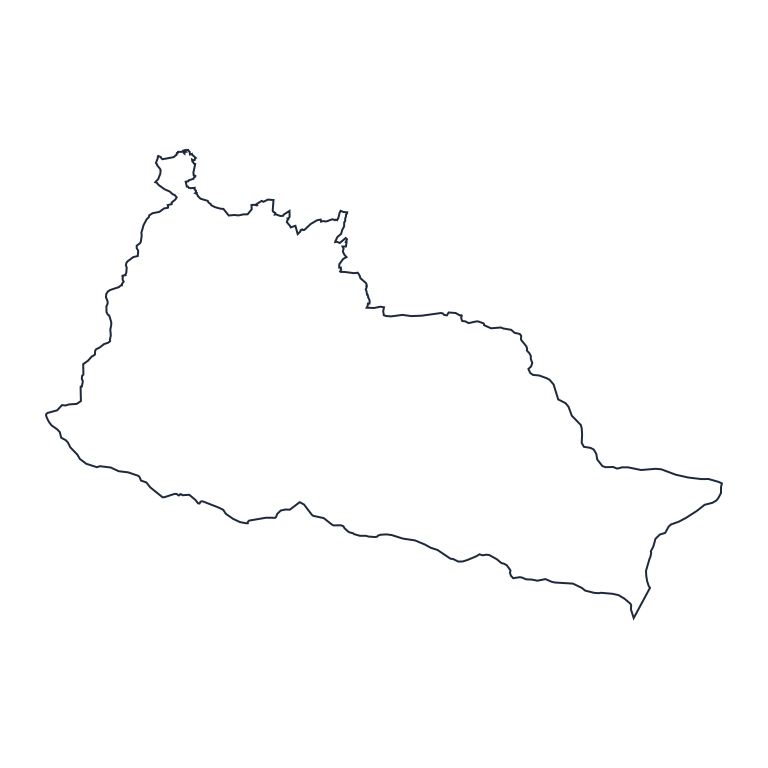 outline of Sacel, Maramures, Romania
{"feature_id": "2599482B54515927208841", "entity_name": "Sacel", "entity_type": "district", "adm_level": 2, "iso_a3": "ROU", "parent_name": "Romania", "parent_adm1": "Maramures", "projection": "equal_earth", "projection_center": [24.452, 47.623], "detail": "fine", "context": "isolated", "style": "outline", "palette": "slate", "viewbox_px": 768, "rotation_deg": 0, "n_neighbors": 0, "source": "geoboundaries", "source_scale": "gbopen_adm2", "svg_char_len": 6088}
<svg xmlns="http://www.w3.org/2000/svg" viewBox="0 0 768 768"><path d="M633.7,618.1L650.0,587.8L648.8,586.2L647.2,581.5L646.3,576.2L646.0,570.9L649.6,558.5L650.3,557.2L651.2,553.0L650.8,551.4L653.3,546.6L655.5,538.8L659.9,534.5L665.2,532.9L668.6,526.7L670.9,524.5L679.0,521.6L686.1,517.8L697.0,510.8L704.6,504.8L712.4,502.8L716.4,500.5L718.3,498.1L721.0,493.0L721.0,487.1L721.9,483.4L718.6,481.9L708.5,479.0L701.4,479.1L688.1,477.5L675.7,474.7L661.3,469.3L655.9,468.8L641.0,470.0L627.9,467.3L622.2,467.3L617.1,468.6L613.2,467.0L605.6,467.2L602.4,466.1L597.2,459.4L596.3,453.9L593.8,449.6L590.6,447.9L583.9,446.8L581.7,442.9L582.1,434.6L581.7,428.1L580.8,425.0L571.8,415.7L568.5,406.7L565.6,403.2L558.2,399.4L553.6,384.5L549.6,379.8L546.7,378.2L539.2,375.5L533.0,374.9L530.3,373.1L528.4,369.0L531.1,366.4L532.3,362.9L530.8,359.0L530.8,356.0L529.3,353.1L526.9,350.6L527.1,348.8L526.4,346.4L521.3,340.1L521.0,339.2L521.2,335.8L519.8,334.0L514.6,332.8L511.1,329.8L503.4,328.5L500.7,327.5L491.1,328.3L484.1,325.2L483.9,323.8L483.4,323.3L478.1,321.4L475.9,321.5L468.7,323.1L465.1,321.3L462.4,321.1L461.8,320.3L461.2,317.6L461.8,315.7L461.1,315.2L459.9,315.4L455.6,313.0L448.7,312.5L446.8,315.4L444.2,314.9L442.8,313.5L441.1,313.0L421.6,315.7L411.3,316.1L402.4,314.9L391.2,316.4L386.0,316.0L383.8,315.2L383.2,311.1L384.0,307.3L380.5,306.7L374.0,308.0L366.7,307.7L367.6,306.0L368.0,303.5L369.4,303.6L369.7,302.1L369.4,299.8L368.1,297.3L368.2,296.3L367.1,294.8L367.4,294.5L367.0,294.2L366.4,290.9L365.7,289.4L366.6,287.6L366.3,286.3L366.8,286.1L366.7,284.8L365.9,283.0L360.4,278.2L359.5,275.3L357.7,272.7L354.2,273.2L345.0,272.0L340.2,271.8L339.7,272.2L341.1,269.7L340.8,269.4L340.9,267.6L339.2,267.6L339.3,264.2L343.2,258.9L346.5,257.1L344.5,254.9L343.2,252.4L342.9,250.9L343.6,248.9L342.5,246.5L345.9,246.5L346.6,242.1L345.8,242.0L347.0,239.3L345.7,238.0L339.8,243.0L336.5,241.7L335.2,242.1L335.2,241.6L337.4,237.0L341.1,233.9L342.2,230.0L344.1,226.4L344.2,222.4L345.2,220.9L345.2,218.5L346.1,216.0L346.0,214.6L347.0,213.5L347.2,212.3L343.4,212.0L340.6,210.8L339.6,212.9L338.3,218.1L337.1,220.2L335.9,219.6L334.9,220.2L332.6,219.2L326.1,221.5L323.1,221.1L321.0,221.6L320.7,219.6L317.2,220.2L310.8,223.9L304.4,229.9L303.0,230.1L302.4,229.4L300.7,230.1L300.4,231.4L297.7,234.1L295.4,225.8L290.7,227.4L290.1,226.0L286.8,222.1L287.5,220.0L288.2,219.4L287.6,218.5L288.7,218.2L289.6,216.8L289.5,210.9L283.7,214.6L283.1,215.8L280.4,216.0L275.6,214.3L274.8,214.5L275.3,213.0L273.0,211.5L272.7,210.7L273.5,200.0L267.8,199.6L263.5,201.8L261.7,200.9L256.5,204.1L257.1,205.3L256.8,205.4L254.1,204.8L251.5,205.0L251.7,209.3L247.6,214.3L243.4,214.4L238.6,215.4L234.3,215.0L228.7,215.5L223.4,208.9L220.5,208.7L214.9,207.1L211.2,205.2L210.8,204.2L208.5,202.5L207.8,200.9L200.5,198.7L198.0,196.2L196.7,193.7L195.5,193.2L196.5,192.7L195.8,192.1L196.0,190.8L194.6,189.4L194.7,187.8L190.8,188.2L188.8,187.8L187.9,186.6L186.8,186.6L185.7,181.7L188.3,181.3L188.6,180.4L193.5,178.8L193.9,177.5L195.3,176.6L195.3,175.8L193.7,175.3L193.4,172.6L195.2,164.0L194.2,163.8L192.3,161.2L192.1,159.6L193.5,160.4L194.7,160.0L195.2,158.1L195.7,157.9L192.0,154.6L191.9,153.9L190.0,154.5L189.6,151.6L188.6,151.0L188.1,149.9L185.3,150.3L184.9,151.4L185.7,151.9L184.5,152.2L184.5,153.6L183.9,153.1L184.8,150.2L183.1,150.7L183.2,151.2L182.1,151.9L178.0,151.9L177.6,153.2L176.9,153.1L176.4,155.1L175.3,155.5L174.4,156.7L172.4,157.4L162.6,159.2L161.6,158.6L160.8,157.1L158.2,156.0L157.8,156.6L157.7,158.4L155.9,163.0L157.0,164.3L157.2,165.4L160.1,168.9L160.6,170.2L160.3,173.8L158.2,179.1L155.3,182.2L157.0,182.9L158.4,184.8L164.6,189.3L169.7,191.5L172.7,194.3L174.6,194.9L176.7,197.3L175.4,199.5L171.7,202.5L171.7,204.1L167.7,205.1L168.2,207.4L167.9,207.8L164.1,208.4L159.3,211.9L152.6,213.2L149.2,215.4L148.8,217.3L146.7,219.2L143.6,225.0L141.4,232.8L141.7,235.7L140.8,241.8L139.9,243.3L136.7,245.7L136.7,248.0L138.2,250.8L137.8,256.0L133.3,257.1L127.5,261.4L126.4,262.9L125.9,265.3L126.7,267.6L126.3,272.7L125.5,274.3L125.6,275.2L123.0,275.5L122.3,276.1L122.9,277.1L122.5,278.7L122.8,280.1L123.7,281.6L122.0,283.8L121.9,285.3L121.0,285.3L118.9,287.1L110.1,290.0L107.9,291.5L106.3,293.9L105.9,297.0L107.6,301.4L107.6,303.8L106.4,306.4L106.5,312.0L107.7,314.5L109.2,315.5L111.2,322.0L111.3,324.3L110.3,329.8L110.8,335.5L109.9,339.7L110.1,341.2L108.0,342.8L104.2,344.0L99.4,347.7L96.2,349.2L95.2,350.6L94.9,354.6L91.5,356.8L87.9,360.8L83.2,364.1L83.4,373.9L83.3,374.7L82.1,375.8L81.8,379.1L82.7,380.6L82.7,382.2L81.8,386.6L80.7,386.6L80.6,387.0L80.9,401.1L76.7,403.9L69.1,404.4L65.5,405.5L62.0,405.1L57.2,410.3L47.4,413.0L46.1,414.3L46.1,415.7L47.1,418.4L49.1,422.2L51.6,425.4L57.4,429.5L59.8,432.1L61.2,437.7L65.8,440.2L67.9,442.5L70.3,447.3L77.4,454.7L79.9,459.0L86.3,463.8L96.9,467.2L99.9,466.2L110.7,467.5L118.7,471.2L128.3,472.4L138.5,475.9L139.8,477.5L140.9,480.5L146.4,482.5L150.2,487.3L162.6,497.3L164.8,497.1L174.5,493.9L176.8,494.0L178.4,495.4L179.5,495.2L180.2,494.2L181.1,494.2L182.4,495.2L189.3,494.8L195.6,500.1L198.0,503.3L199.5,503.5L200.6,501.6L202.6,501.3L219.0,507.7L223.3,509.9L225.8,513.8L233.0,518.8L240.0,522.1L246.4,523.3L247.8,523.2L247.9,521.8L249.1,520.6L266.2,517.7L275.2,517.8L276.0,517.1L277.3,513.8L280.8,510.5L285.6,509.5L289.8,509.7L299.7,502.2L304.0,504.5L311.7,514.6L313.1,515.8L323.7,518.1L331.8,524.5L333.6,525.4L341.0,525.3L343.4,526.2L344.4,528.1L347.8,531.3L349.6,532.4L353.2,533.3L354.0,534.1L359.9,535.8L365.7,535.8L368.8,536.6L374.8,537.0L376.9,536.8L378.2,535.5L380.9,534.7L386.5,534.4L391.5,535.0L402.9,538.6L415.0,540.4L424.8,544.5L430.8,547.8L437.4,549.9L450.5,558.7L453.1,559.0L458.1,561.5L462.5,561.5L466.9,560.2L476.3,556.3L479.5,554.3L482.5,555.3L486.5,554.7L489.4,555.1L496.8,559.2L501.3,563.0L504.4,563.9L506.8,565.3L510.3,570.1L510.5,570.8L509.9,572.5L510.9,575.7L513.2,578.2L519.6,577.2L521.9,577.5L526.0,579.3L532.0,579.6L537.4,580.7L545.5,579.1L551.4,581.7L554.7,582.5L572.9,583.6L581.8,587.9L585.2,590.6L594.4,592.9L598.9,593.2L600.9,592.8L612.7,593.8L618.7,595.2L624.5,598.7L630.6,603.9L631.2,605.7L630.9,609.3L633.7,618.1Z" fill="none" stroke="#1e293b" stroke-width="2"/></svg>